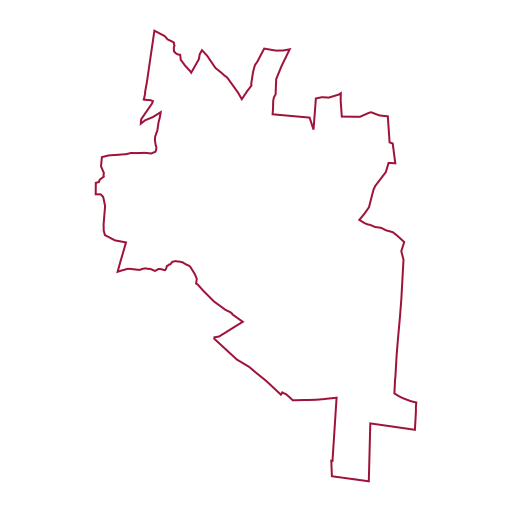 outline of Cantamayec, Yucatán, Mexico
{"feature_id": "50627088B95910287491923", "entity_name": "Cantamayec", "entity_type": "district", "adm_level": 2, "iso_a3": "MEX", "parent_name": "Mexico", "parent_adm1": "Yucatán", "projection": "equal_earth", "projection_center": [-89.083, 20.414], "detail": "fine", "context": "isolated", "style": "outline", "palette": "rose", "viewbox_px": 512, "rotation_deg": 0, "n_neighbors": 0, "source": "geoboundaries", "source_scale": "gbopen_adm2", "svg_char_len": 4452}
<svg xmlns="http://www.w3.org/2000/svg" viewBox="0 0 512 512"><path d="M174.0,42.8L173.1,42.0L172.6,41.8L171.0,41.0L167.6,39.4L164.7,36.1L154.4,30.7L146.8,82.7L145.0,92.5L145.2,93.2L144.2,97.9L143.7,99.5L144.6,99.8L145.8,99.7L146.3,99.8L146.8,100.0L147.7,100.1L148.7,100.0L149.6,100.1L150.2,100.1L151.6,100.6L152.4,101.0L152.9,101.2L152.1,103.4L141.2,119.2L140.8,123.7L145.1,120.3L152.8,117.1L160.7,112.2L160.4,114.5L160.0,116.1L159.9,117.1L159.7,117.9L159.4,119.2L159.0,120.4L158.7,121.6L158.6,122.2L158.3,123.6L158.2,124.5L158.1,125.9L157.7,127.6L157.7,128.4L157.5,129.4L157.4,130.2L157.2,131.1L157.0,131.6L156.6,132.3L156.3,133.3L155.9,134.7L155.4,135.8L155.1,137.1L155.0,137.9L154.9,140.3L155.0,140.9L155.3,142.8L155.5,144.2L155.7,145.1L156.2,146.5L156.4,147.4L156.4,147.6L156.1,149.8L156.0,150.4L155.8,150.8L155.3,151.8L151.2,153.5L150.6,153.4L144.5,152.8L142.6,152.9L140.3,153.0L135.2,153.1L133.1,153.0L130.9,153.0L125.9,154.2L124.3,154.3L120.3,154.6L119.3,154.7L111.8,155.2L108.8,155.4L101.9,157.1L101.0,166.3L103.9,173.1L103.5,174.7L103.8,176.6L99.7,179.7L98.9,182.1L98.6,182.1L95.8,182.8L95.7,194.3L100.6,194.3L103.1,196.8L103.5,198.3L104.4,202.6L105.1,205.9L104.3,215.8L103.6,224.4L103.7,230.6L104.9,235.1L115.0,240.4L126.0,242.4L122.1,255.9L120.5,261.3L117.6,271.8L121.9,270.4L123.1,270.1L127.3,268.9L130.5,268.9L139.1,269.9L139.7,269.9L140.5,269.6L141.4,269.2L142.4,269.0L142.9,268.7L143.5,268.7L144.3,268.6L145.2,268.4L145.9,268.4L147.0,268.7L147.6,268.8L148.2,268.9L149.5,268.8L151.8,269.5L153.2,270.2L154.9,270.9L156.3,270.3L158.4,269.0L159.0,269.0L160.4,269.0L162.6,269.6L164.0,270.0L164.5,270.1L165.1,270.1L165.6,269.4L166.1,268.6L166.4,267.9L166.6,266.9L167.0,265.8L167.9,265.6L168.9,264.6L169.3,264.5L170.0,264.5L170.3,264.2L170.7,263.9L171.3,263.2L171.5,262.7L172.1,262.1L172.7,261.7L173.2,261.6L173.8,261.5L174.3,261.4L175.6,261.1L176.5,261.3L177.1,261.4L178.7,261.6L179.2,261.6L179.8,261.6L180.6,261.9L181.8,262.2L182.6,262.3L183.0,262.5L183.6,263.0L184.4,263.5L185.4,264.0L185.9,264.3L186.4,264.7L187.4,264.9L187.9,265.3L189.2,265.8L190.2,266.7L194.8,274.0L196.8,278.8L196.1,283.5L197.9,284.7L203.3,290.8L213.9,301.4L217.7,304.2L225.5,309.9L230.2,312.1L232.0,313.5L232.5,314.5L242.8,321.8L236.4,325.7L219.1,336.5L214.4,337.3L214.3,338.8L236.8,359.5L238.3,360.4L249.3,367.0L255.0,371.9L266.3,381.0L280.2,394.0L280.9,394.7L281.3,394.1L282.3,392.4L283.2,393.0L283.6,393.2L284.4,393.5L284.9,393.7L285.6,393.9L286.1,394.3L287.0,395.0L287.3,395.3L288.6,396.4L289.1,396.8L289.8,397.5L290.3,398.0L291.3,398.9L292.2,399.7L292.8,400.3L300.6,400.1L304.3,400.0L305.7,400.0L305.9,400.0L306.2,400.0L306.3,400.0L307.6,400.0L311.7,399.9L315.3,399.8L316.6,399.7L317.6,399.6L318.5,399.6L319.5,399.5L319.8,399.4L321.3,399.3L323.2,399.2L323.8,399.1L324.3,399.0L335.0,397.9L336.6,397.7L336.4,400.4L332.5,460.9L331.3,460.7L331.9,476.2L334.4,476.6L362.3,480.4L368.8,481.3L370.3,423.4L406.0,428.5L414.9,429.8L415.1,426.4L415.9,411.7L415.9,407.0L416.1,404.5L416.3,402.5L412.9,401.7L410.9,401.2L406.9,399.7L403.4,398.4L400.0,396.8L396.9,395.0L394.4,393.4L394.8,385.1L395.0,380.5L395.4,376.7L396.7,354.0L396.8,353.0L397.9,339.6L399.9,317.5L401.3,299.7L403.5,259.7L401.3,251.2L404.2,242.0L396.1,234.7L392.8,232.2L386.0,230.3L381.1,227.8L375.1,227.0L370.2,224.9L367.6,224.4L364.5,223.1L359.3,219.9L364.3,213.9L369.0,207.2L371.9,195.8L373.8,188.8L374.6,187.6L374.9,186.4L385.8,172.1L388.6,162.9L395.3,163.3L392.7,143.5L389.6,142.4L387.8,116.3L381.6,115.7L379.8,115.4L379.1,115.3L371.2,112.3L370.5,112.5L369.2,112.7L359.9,116.8L341.8,116.6L340.7,101.2L340.7,98.1L340.7,97.8L340.8,94.6L340.8,93.2L339.0,94.5L328.8,97.6L321.9,97.2L315.8,98.5L315.7,101.0L313.5,129.6L309.6,117.6L272.6,114.3L273.0,109.2L273.2,101.2L273.4,99.8L273.9,97.4L275.6,94.3L276.2,79.1L281.6,65.9L289.7,49.3L283.2,50.5L275.9,50.6L264.2,48.6L257.0,62.3L255.2,64.6L254.3,67.2L253.8,69.2L253.1,71.8L251.2,83.9L251.5,85.4L248.8,89.1L248.7,89.2L247.6,90.5L241.8,99.2L237.9,92.4L229.3,80.5L227.8,78.4L226.4,76.8L224.5,75.6L221.8,73.1L215.4,67.9L207.1,55.7L202.0,50.2L199.7,54.3L198.9,59.0L197.7,61.3L191.2,72.7L189.9,70.8L188.8,69.7L188.3,69.2L187.4,68.1L186.8,67.4L186.3,66.9L185.2,65.8L184.8,65.3L184.4,64.8L183.7,63.7L182.8,62.6L182.2,61.7L180.7,59.7L180.7,59.0L180.2,54.9L179.9,54.7L179.3,54.7L178.1,54.5L176.8,53.9L175.4,53.0L175.0,52.3L174.5,51.9L173.9,51.4L173.9,49.5L173.8,48.7L173.9,47.2L174.5,45.7L174.1,44.7L173.9,43.7L174.0,42.8Z" fill="none" stroke="#9f1239" stroke-width="2"/></svg>